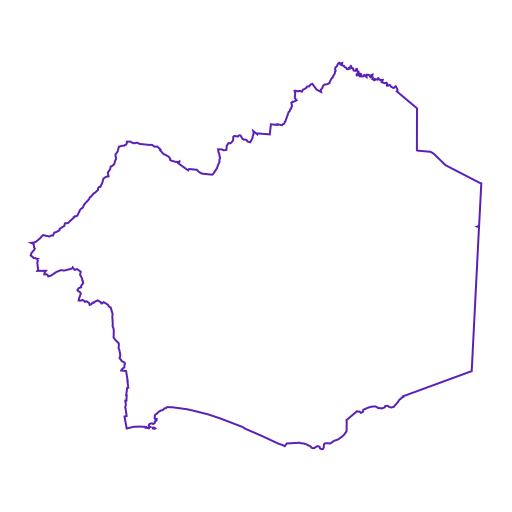 the district of Alexandrina, South Australia, Australia
{"feature_id": "25037944B24690359827006", "entity_name": "Alexandrina", "entity_type": "district", "adm_level": 2, "iso_a3": "AUS", "parent_name": "Australia", "parent_adm1": "South Australia", "projection": "mercator", "projection_center": [138.826, -35.338], "detail": "fine", "context": "isolated", "style": "outline", "palette": "violet", "viewbox_px": 512, "rotation_deg": 0, "n_neighbors": 0, "source": "geoboundaries", "source_scale": "gbopen_adm2", "svg_char_len": 5910}
<svg xmlns="http://www.w3.org/2000/svg" viewBox="0 0 512 512"><path d="M157.3,146.6L154.3,146.6L152.1,144.9L149.1,144.9L140.4,144.0L139.2,143.7L137.1,142.7L134.2,143.3L132.3,142.8L130.7,141.7L126.9,141.7L126.8,143.2L126.2,144.6L124.8,145.1L124.3,145.6L122.2,145.8L118.9,146.7L117.7,151.4L115.4,154.7L116.1,158.9L115.2,160.5L114.3,164.0L112.0,166.1L110.7,166.5L110.2,169.0L107.8,172.6L108.5,176.4L106.8,176.6L104.7,177.6L103.4,178.7L102.2,183.1L100.4,186.9L99.3,186.8L98.2,188.1L97.9,190.0L94.9,192.8L93.8,193.3L91.1,196.5L89.8,197.3L89.1,199.2L84.3,204.3L82.7,207.8L81.1,208.7L80.0,210.1L77.3,215.7L75.6,216.4L75.0,216.2L74.2,216.8L74.4,217.0L67.8,223.2L65.1,223.2L64.8,223.7L64.4,225.9L59.6,228.8L59.4,230.4L56.1,232.1L54.3,232.6L52.9,235.6L51.4,235.5L49.2,236.5L43.2,235.1L41.5,236.5L40.5,237.9L36.3,241.5L34.2,242.5L31.1,242.9L33.7,244.1L34.2,247.7L34.8,248.4L34.5,249.5L31.6,252.8L30.7,255.4L31.5,256.2L32.6,256.8L33.6,258.1L35.2,258.0L36.3,258.7L37.3,258.8L37.0,259.0L37.8,260.3L37.3,263.3L38.2,269.7L37.4,270.9L45.9,270.8L44.6,272.5L44.3,274.4L46.5,274.3L47.4,274.8L48.3,276.4L51.0,275.6L56.3,272.0L61.1,270.1L64.0,270.6L70.9,268.9L72.6,268.1L72.8,267.5L74.7,269.9L77.1,269.1L80.7,271.7L80.1,274.8L82.1,278.5L82.3,280.4L82.7,280.6L83.2,283.2L81.3,285.6L81.1,286.2L81.2,287.3L78.9,288.0L77.4,290.0L78.0,290.9L80.3,292.4L80.8,293.7L79.2,298.0L78.7,300.5L80.9,300.6L82.2,300.0L83.9,300.7L85.0,301.9L85.9,301.3L86.6,301.3L89.0,303.0L89.7,304.9L91.3,304.3L91.7,303.4L92.7,303.1L93.3,302.4L93.8,302.7L95.2,301.5L97.6,300.4L100.8,302.2L101.3,303.4L102.0,303.5L103.6,302.1L107.9,304.7L108.7,306.2L109.7,307.1L110.7,307.5L112.6,314.0L112.3,316.1L112.8,324.2L112.6,325.2L112.7,326.6L113.5,328.4L113.8,331.0L113.6,337.6L115.6,340.2L118.6,343.1L118.9,344.2L118.6,348.3L119.6,350.6L119.6,351.8L120.1,353.9L120.2,355.6L120.2,356.5L119.5,357.8L119.8,358.6L120.7,359.3L121.5,360.9L124.6,362.6L124.9,363.8L124.6,364.1L124.3,367.5L123.0,368.2L121.7,369.5L121.2,370.5L126.1,371.0L127.7,381.1L127.4,381.1L128.3,387.7L127.2,387.9L126.2,395.1L126.7,395.2L126.4,400.8L125.3,400.7L125.9,404.7L125.2,407.0L125.8,410.0L126.6,416.0L124.5,416.5L126.7,428.5L133.6,426.8L139.5,426.6L144.7,426.8L145.3,427.6L146.2,427.2L146.3,427.8L147.8,427.7L148.0,428.2L149.0,428.3L149.6,427.2L150.2,427.0L149.5,426.7L148.8,425.7L148.9,425.0L149.6,424.0L150.6,423.5L152.0,423.4L152.7,423.8L153.7,423.8L154.9,422.7L154.8,421.5L156.5,420.5L156.7,418.9L155.9,418.7L155.2,419.0L154.6,418.0L154.8,415.5L155.8,414.2L156.5,413.9L159.2,411.4L160.8,410.6L162.8,410.0L164.3,408.5L166.1,408.0L167.1,407.1L172.7,407.3L186.8,409.2L192.2,410.4L207.5,414.2L220.2,418.4L242.6,427.0L245.4,428.8L262.0,436.0L278.5,443.7L281.9,444.8L284.8,446.2L286.7,443.5L299.7,442.7L300.6,443.2L304.0,443.5L305.6,444.0L310.1,446.2L310.8,446.6L311.4,447.6L312.6,448.2L314.2,448.1L316.9,446.3L318.4,446.2L319.6,447.0L319.8,447.9L320.4,448.7L322.3,449.2L323.1,448.8L323.7,447.6L324.0,444.3L324.8,443.5L326.2,443.2L330.3,443.5L333.9,440.9L338.0,439.5L342.1,436.6L344.3,434.5L346.6,431.1L346.7,421.6L346.4,420.2L357.0,411.2L358.2,411.7L359.6,411.6L361.0,412.9L363.0,411.7L363.2,410.0L363.6,409.6L368.3,407.6L371.5,406.7L375.1,406.4L376.8,407.0L378.1,408.1L380.9,408.1L381.7,408.5L384.8,407.3L385.0,406.3L386.0,405.8L388.0,406.0L389.0,406.9L391.1,407.5L393.7,406.9L398.0,401.9L399.3,399.8L401.0,398.6L401.5,397.9L403.3,396.9L403.0,396.3L471.7,371.1L479.0,227.2L477.2,226.6L479.1,225.8L481.3,183.4L479.4,182.7L445.7,165.3L433.8,153.8L430.6,151.8L418.0,150.7L416.9,150.3L417.0,108.3L396.8,91.4L397.4,90.9L397.5,89.7L395.8,86.3L393.6,88.0L391.0,86.7L390.2,85.3L389.5,85.0L388.0,85.7L386.9,85.7L386.7,85.3L387.3,84.0L386.7,82.8L384.5,83.2L381.8,82.2L381.4,81.9L381.5,81.6L382.6,80.5L382.8,79.9L379.7,79.9L378.2,78.1L377.9,78.3L377.9,79.4L377.6,79.7L375.0,79.0L374.9,80.0L374.4,80.3L372.4,79.1L372.9,78.4L372.4,75.9L372.5,74.6L371.4,75.2L371.5,76.5L370.7,77.3L370.2,76.9L369.5,75.2L367.0,74.6L366.6,74.8L366.5,75.4L366.6,77.1L365.0,76.0L364.5,75.0L363.3,75.6L362.9,76.5L360.9,76.4L361.1,74.1L360.1,73.7L359.5,73.8L359.7,75.5L359.5,75.9L358.2,74.8L357.0,75.5L356.6,75.1L356.7,74.3L358.7,72.1L358.6,71.8L357.6,71.5L357.1,69.3L356.7,68.8L356.3,69.0L355.5,70.8L354.1,70.7L353.3,70.0L353.1,68.4L351.5,67.9L351.3,66.4L350.9,65.9L350.5,66.2L350.5,67.5L349.1,67.8L349.4,68.7L348.5,68.6L348.0,69.2L347.0,69.2L346.1,67.7L344.5,67.0L344.1,66.0L342.0,65.3L341.8,64.7L342.2,63.0L341.7,63.1L341.3,64.5L341.0,64.8L340.4,64.6L339.6,62.8L339.1,62.8L338.2,63.5L337.3,65.1L337.1,66.1L335.4,67.5L335.1,69.3L335.7,70.8L335.0,71.7L334.8,73.4L332.9,76.6L332.6,77.6L331.7,78.1L329.4,82.7L329.5,83.1L326.9,84.3L324.5,84.6L323.4,85.4L322.0,88.5L321.1,89.4L320.7,90.2L321.1,92.0L316.6,89.6L312.4,83.9L310.7,84.5L309.1,86.4L307.3,86.5L306.8,86.8L306.1,88.1L302.8,89.9L301.8,91.7L300.0,90.9L297.7,91.3L295.6,90.7L294.6,90.8L295.2,92.9L294.8,98.1L296.6,100.3L293.5,101.8L292.7,102.1L292.4,101.8L291.3,102.9L292.1,106.0L291.2,107.8L291.1,108.7L290.4,109.1L289.6,111.3L288.7,111.9L285.3,121.5L284.8,121.8L284.3,123.6L282.7,124.3L282.0,125.2L277.3,124.2L277.2,124.9L270.9,124.3L269.8,134.4L257.1,133.4L257.1,134.2L253.2,131.0L253.7,133.5L252.6,136.7L252.6,137.7L250.2,142.3L247.5,141.5L246.5,140.0L245.8,139.7L244.0,139.7L242.4,138.7L240.7,135.7L240.0,135.3L239.2,135.4L238.3,135.9L238.0,136.5L234.1,136.0L233.3,136.8L233.1,140.2L232.5,141.3L230.5,143.3L228.5,143.1L226.8,145.6L226.4,149.9L223.8,150.3L221.3,149.3L218.1,149.3L218.4,152.0L219.4,154.4L219.5,156.2L220.2,157.8L219.4,159.7L219.5,162.0L218.4,164.2L217.0,168.1L213.5,173.5L212.2,174.7L201.8,173.6L198.5,171.6L196.9,169.8L189.1,169.0L188.2,170.4L178.3,163.3L179.4,161.8L179.4,161.4L178.7,161.8L177.1,162.0L174.8,161.7L170.4,160.3L170.1,159.8L170.1,158.5L168.5,156.6L164.9,154.5L163.7,154.2L160.0,150.1L160.5,149.5L157.3,146.6ZM154.4,427.7L153.2,427.6L152.7,427.9L152.8,428.5L154.6,428.8L155.3,428.5L154.4,427.7Z" fill="none" stroke="#5b21b6" stroke-width="2"/></svg>